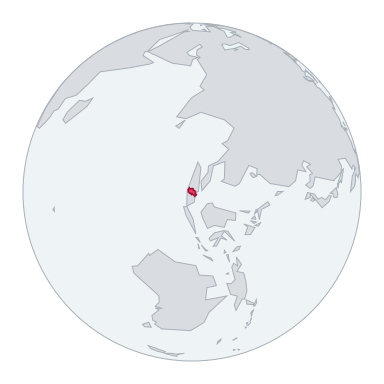 globe centered on Jambi, rotated 57°
{"feature_id": "IDN-1930", "entity_name": "Jambi", "entity_type": "Province", "adm_level": 1, "iso_a3": "IDN", "parent_name": "Indonesia", "parent_adm1": "", "projection": "orthographic", "projection_center": [102.763, -1.764], "detail": "fine", "context": "on_globe", "style": "filled", "palette": "rose", "viewbox_px": 384, "rotation_deg": 57, "n_neighbors": 0, "source": "natural_earth", "source_scale": "10m", "svg_char_len": 8797}
<svg xmlns="http://www.w3.org/2000/svg" viewBox="0 0 384 384"><g transform="rotate(57 192 192)"><circle cx="192" cy="192" r="169" fill="#eef3f6" stroke="#a8b0b8"/><path d="M350.3,237.6L350.0,238.9L350.0,239.0L350.3,237.6ZM267.4,40.8L266.4,40.3L266.9,40.5L267.4,40.8ZM261.3,37.9L261.9,38.2L264.5,39.4L259.1,37.2L261.7,38.5L251.2,34.0L259.3,37.1L260.3,37.5L261.3,37.9ZM246.2,32.1L244.2,31.4L245.4,31.8L246.2,32.1ZM49.5,101.3L47.0,106.4L51.7,99.7L52.7,104.1L56.8,103.5L67.6,89.5L61.0,90.1L65.1,83.7L74.6,77.6L81.2,78.1L83.0,75.8L83.2,70.6L89.3,66.4L83.9,68.6L82.7,70.9L79.3,72.6L80.2,70.7L82.2,69.1L81.5,68.2L71.8,76.8L69.6,80.0L65.0,82.2L60.8,88.0L58.0,91.1L63.9,82.4L66.8,79.2L72.5,72.6L82.6,63.2L93.5,54.7L94.4,54.3L96.6,52.9L102.1,49.3L101.8,49.8L106.9,46.5L111.0,45.0L110.3,44.3L116.7,40.9L122.6,38.3L124.6,37.3L114.9,41.7L111.2,43.6L108.2,45.4L97.9,51.7L97.6,51.9L108.6,45.1L120.1,39.1L132.0,34.1L134.1,33.3L139.5,31.7L135.0,35.1L130.0,36.8L129.2,36.3L124.1,39.5L127.3,37.9L127.1,38.5L133.2,36.1L133.4,36.5L138.9,33.8L139.8,34.1L136.3,35.8L146.0,33.3L149.5,33.7L151.6,33.0L152.9,32.1L156.5,33.7L157.9,33.2L157.3,32.4L159.7,30.9L165.3,29.2L166.2,29.8L164.3,30.5L161.8,33.3L156.6,35.6L157.5,35.7L162.3,33.9L165.4,30.5L168.5,29.3L167.7,30.7L168.3,30.1L170.1,29.7L172.8,30.1L174.0,28.6L193.0,25.9L200.1,27.0L197.3,28.1L211.6,28.7L218.6,31.0L217.9,30.1L224.4,30.5L222.3,29.7L222.5,29.4L238.0,31.5L242.4,32.9L248.4,33.9L248.1,33.6L245.2,32.5L251.2,34.0L261.7,38.5L261.9,38.8L268.3,41.9L267.8,42.6L270.4,44.9L266.0,44.7L268.4,47.0L270.7,48.0L275.7,52.4L278.0,58.8L266.1,49.0L260.6,41.0L262.0,43.6L258.7,41.8L257.3,42.2L258.6,44.5L260.5,45.4L247.2,45.1L244.2,51.6L251.7,52.6L256.6,56.0L259.7,67.0L246.4,80.4L252.8,87.2L253.3,91.1L248.1,92.7L247.2,86.8L241.7,84.0L242.0,80.8L233.3,82.1L233.3,77.6L226.5,81.4L229.3,85.3L237.0,85.4L231.1,91.3L239.1,99.1L240.3,107.8L227.4,121.9L214.0,125.6L213.2,128.5L207.8,124.7L200.7,130.0L210.8,147.8L210.6,152.8L199.0,161.6L198.7,157.8L184.4,147.8L181.7,159.8L192.6,170.6L196.3,183.0L188.0,178.7L184.2,167.8L179.1,164.0L180.5,153.4L176.2,137.9L167.8,140.4L168.4,134.3L161.3,121.9L149.2,125.5L130.0,141.1L127.3,156.9L120.7,163.9L112.7,141.1L113.0,126.3L107.7,127.7L101.5,115.7L83.7,115.4L83.4,111.8L79.5,113.6L75.5,110.2L75.9,104.5L72.4,105.0L72.1,120.3L76.1,119.9L82.4,113.7L81.3,119.4L85.5,124.4L73.0,138.6L50.3,152.5L51.7,140.8L53.6,110.9L55.6,107.5L55.8,107.1L56.1,106.5L52.4,112.0L54.0,106.4L49.0,126.8L46.5,136.0L49.9,153.2L48.7,155.1L50.9,158.7L62.4,153.7L61.7,157.6L53.9,176.6L41.2,203.5L45.1,221.2L47.8,236.5L44.6,247.3L49.7,259.2L48.8,263.7L51.9,270.5L53.9,278.0L55.4,285.3L52.8,286.3L48.8,280.2L41.7,268.7L31.6,245.2L29.0,236.3L26.8,227.1L24.9,217.1L24.4,213.8L23.3,200.8L23.1,187.7L23.9,174.7L25.8,161.7L28.6,149.0L32.4,136.5L37.2,124.3L42.9,112.5L49.5,101.3ZM68.4,76.8L63.5,82.7L63.7,82.2L59.1,87.8L62.8,83.2L64.3,81.4L68.4,76.8ZM84.3,86.6L90.7,87.2L94.4,78.9L97.1,78.7L97.4,76.2L94.6,78.4L96.1,71.8L101.3,69.7L103.8,66.5L101.8,66.2L92.2,71.3L89.9,80.4L85.6,83.8L84.3,86.6ZM59.0,87.7L59.4,87.3L56.5,91.1L57.5,89.7L59.0,87.7ZM64.6,91.9L61.4,94.7L61.7,93.5L62.7,92.7L64.6,91.9ZM57.3,92.6L57.4,94.1L56.5,93.7L57.3,92.6ZM157.9,26.5L157.2,26.7L155.8,27.0L157.5,26.6L157.9,26.5ZM164.0,25.4L163.8,25.4L163.7,25.4L164.0,25.4ZM129.8,315.9L133.3,318.0L131.0,318.2L129.8,315.9ZM63.0,233.3L65.5,260.6L61.1,260.9L57.1,253.0L53.9,236.5L58.0,231.7L59.1,224.2L63.0,233.3ZM238.5,215.1L243.5,216.4L243.2,217.2L238.5,215.1ZM233.3,211.9L239.1,212.6L232.3,213.5L233.3,211.9ZM241.3,213.0L247.1,212.0L249.6,210.9L249.1,212.6L241.3,213.0ZM229.4,211.6L208.1,209.7L199.6,207.0L201.6,204.2L215.4,205.9L229.4,211.6ZM201.0,204.1L188.0,195.1L170.1,170.7L176.5,171.4L195.2,186.5L194.0,188.9L201.8,195.8L201.0,204.1ZM232.3,191.3L231.0,198.8L219.3,197.1L213.9,195.5L210.2,185.6L212.3,180.9L216.7,181.4L233.6,166.6L239.5,171.1L234.4,177.4L239.2,184.3L232.3,191.3ZM128.0,158.5L131.5,168.1L127.9,169.7L128.0,158.5ZM240.4,156.2L233.6,162.4L239.7,153.8L240.4,156.2ZM243.9,148.0L244.4,151.5L241.6,147.8L243.9,148.0ZM213.1,133.0L208.4,133.5L208.3,131.1L214.1,129.2L213.1,133.0ZM241.1,115.4L241.2,122.0L240.4,124.2L238.2,120.0L241.1,115.4ZM169.2,27.0L160.1,28.4L154.4,30.0L152.4,31.4L151.3,30.4L160.1,27.9L169.2,27.0ZM189.9,25.8L191.6,25.1L193.5,25.4L193.4,25.6L189.9,25.8ZM189.1,25.4L186.3,24.7L188.9,24.3L190.7,24.9L189.1,25.4ZM170.7,24.8L167.9,25.2L168.6,24.9L170.7,24.8ZM311.4,301.3L311.5,303.3L306.7,307.7L300.9,311.9L297.0,312.3L311.4,301.3ZM276.0,305.6L277.7,299.2L283.2,299.8L279.3,305.0L276.0,305.6ZM315.3,298.1L319.6,293.2L323.1,286.1L320.4,292.9L321.6,294.3L312.3,303.1L315.3,298.1ZM260.9,276.3L228.4,284.9L221.7,282.7L224.3,277.7L219.8,261.7L222.1,262.3L221.7,251.8L241.4,244.2L255.8,228.9L265.7,231.1L273.9,220.2L283.8,222.5L280.3,231.5L289.9,239.4L298.2,219.3L302.2,243.3L308.0,253.1L307.5,268.7L290.5,291.8L282.4,295.4L281.7,292.7L278.1,294.8L273.7,292.8L272.9,283.9L269.3,286.0L273.5,280.2L267.9,285.0L266.4,279.3L260.9,276.3ZM331.1,247.7L332.1,248.8L333.1,253.6L331.5,252.2L331.1,247.7ZM347.7,241.2L347.6,243.4L346.8,243.3L347.7,241.2ZM350.0,239.0L349.0,239.1L350.3,237.6L350.0,239.0ZM338.6,236.1L338.9,237.8L338.5,238.1L338.6,236.1ZM338.3,235.4L339.2,233.3L338.8,235.7L338.3,235.4ZM334.2,221.1L334.9,220.1L335.2,221.1L334.2,221.1ZM250.8,217.2L257.8,212.0L261.5,212.0L250.8,217.2ZM333.3,218.2L331.5,217.5L331.8,216.3L333.3,218.2ZM333.6,215.5L333.5,213.7L334.4,218.0L333.6,215.5ZM330.3,210.6L332.4,214.3L330.0,210.9L330.3,210.6ZM328.9,210.6L327.3,208.8L327.4,208.4L328.9,210.6ZM309.0,208.1L315.3,219.6L309.9,218.1L304.0,210.6L298.9,215.4L287.5,212.5L290.3,209.3L288.9,203.6L276.8,199.6L274.4,195.8L278.8,194.1L270.7,190.2L279.6,189.9L283.1,197.6L288.1,192.7L296.5,195.6L304.4,199.5L310.6,206.2L309.0,208.1ZM279.4,205.7L280.9,205.9L279.5,207.9L279.4,205.7ZM324.2,203.9L326.5,208.1L326.2,209.0L325.0,208.1L324.2,203.9ZM312.0,205.3L318.7,200.9L320.3,201.3L315.8,207.1L312.0,205.3ZM317.2,196.6L320.2,198.2L321.7,201.9L321.1,202.7L317.2,196.6ZM261.3,196.5L260.9,198.4L258.5,196.6L261.3,196.5ZM264.3,195.7L271.3,198.8L263.6,197.3L264.3,195.7ZM242.6,186.3L244.7,191.2L251.4,188.9L246.3,192.7L250.7,200.9L249.1,203.7L244.7,194.8L243.0,203.3L240.1,202.9L238.5,195.3L241.6,186.6L244.5,183.2L256.6,183.0L242.6,186.3ZM264.3,190.0L262.4,184.3L263.8,180.9L265.9,184.0L264.3,190.0ZM256.7,170.8L251.6,164.2L247.0,166.0L256.1,158.6L259.6,166.1L256.7,170.8ZM252.2,157.1L247.9,158.7L252.2,154.3L252.2,157.1ZM246.8,156.6L246.2,152.4L249.6,153.3L246.8,156.6ZM254.4,157.5L255.0,150.7L256.8,154.9L254.4,157.5ZM244.4,143.2L251.9,150.6L242.3,146.7L241.4,133.7L245.4,133.8L244.4,143.2ZM263.6,97.0L262.3,93.7L265.8,93.5L265.7,95.8L263.6,97.0ZM276.1,91.4L266.4,92.5L258.3,94.0L261.1,95.9L259.8,101.0L255.3,95.4L260.5,90.4L266.7,90.3L267.1,86.2L271.3,84.2L269.5,79.0L271.1,77.3L274.6,82.2L276.1,91.4ZM268.4,76.8L266.8,68.6L273.7,71.1L275.6,73.5L273.4,76.1L269.9,74.5L268.4,76.8ZM268.4,67.5L265.0,66.1L255.4,54.2L255.1,52.4L266.0,62.0L263.4,61.4L264.6,64.1L268.4,67.5ZM245.1,31.8L244.2,31.5L246.1,32.1L245.1,31.8ZM221.2,29.0L221.8,28.7L223.9,29.2L221.2,29.0ZM224.5,28.2L221.7,27.8L224.3,27.9L224.5,28.2ZM215.4,27.1L220.4,27.5L216.2,27.6L215.4,27.1Z" fill="#d9dde1" stroke="#a8b0b8" stroke-width="1"/><path d="M194.0,189.0L194.3,189.2L194.3,189.3L194.5,189.4L194.5,189.5L194.8,189.6L195.0,189.7L195.0,189.8L195.1,190.0L195.2,189.8L195.3,189.7L195.5,189.7L195.7,189.8L195.8,189.8L196.0,189.8L196.3,190.0L196.4,189.9L196.6,189.8L196.8,189.8L196.9,190.1L196.8,190.3L196.9,190.5L197.0,190.6L197.0,190.9L197.0,191.3L197.1,191.6L197.2,191.8L196.9,191.8L196.7,192.1L196.3,192.2L196.2,192.2L195.5,192.1L195.4,192.1L194.3,192.6L194.2,192.6L194.3,192.7L194.2,193.1L194.3,193.2L194.3,193.3L194.2,193.4L194.0,193.5L194.1,193.8L193.9,193.9L193.6,193.5L193.6,193.4L193.4,193.2L193.3,193.4L193.2,193.4L193.2,193.5L193.3,193.6L193.3,193.8L193.2,193.8L192.8,193.8L192.7,193.8L192.4,193.7L192.3,193.8L192.2,193.8L192.3,194.0L192.1,194.4L192.0,194.5L191.9,194.5L191.6,194.6L191.5,194.8L191.3,194.8L191.2,194.8L190.9,194.8L190.8,194.7L190.6,194.7L190.4,194.7L190.3,194.8L190.2,194.8L189.9,195.0L189.8,194.9L189.7,194.9L189.4,194.8L189.2,194.7L188.9,194.5L188.8,194.4L188.7,194.3L188.7,194.2L188.4,193.7L188.2,193.5L188.1,193.4L187.8,193.6L187.7,193.2L187.6,192.9L187.4,192.8L187.4,192.7L187.2,192.5L187.2,192.3L187.2,192.1L187.1,191.8L187.3,191.8L187.5,191.9L188.0,191.8L188.3,191.7L188.7,191.3L188.8,191.3L188.8,191.2L188.8,190.9L188.8,190.7L189.0,190.5L189.2,190.4L189.3,190.3L189.3,190.2L189.2,190.2L189.1,189.9L189.4,189.7L189.5,189.7L189.7,189.4L189.8,189.4L190.0,189.4L190.3,189.3L190.5,189.4L190.6,189.5L190.8,189.7L190.8,189.8L191.0,189.8L191.3,190.0L191.5,189.9L191.5,189.7L191.8,189.5L191.8,189.4L192.0,189.2L192.5,189.0L193.0,189.1L194.0,189.0L194.0,189.0Z" fill="#f43f5e" stroke="#9f1239" stroke-width="1.5"/></g></svg>